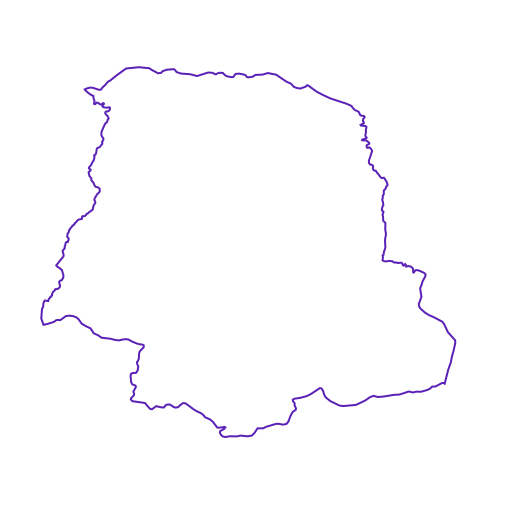 Xaysathan, Xaignabouri, Laos, rotated 276°
{"feature_id": "54806243B87801553975082", "entity_name": "Xaysathan", "entity_type": "district", "adm_level": 2, "iso_a3": "LAO", "parent_name": "Laos", "parent_adm1": "Xaignabouri", "projection": "natural_earth1", "projection_center": [101.39, 19.388], "detail": "fine", "context": "isolated", "style": "outline", "palette": "violet", "viewbox_px": 512, "rotation_deg": 276, "n_neighbors": 0, "source": "geoboundaries", "source_scale": "gbopen_adm2", "svg_char_len": 5943}
<svg xmlns="http://www.w3.org/2000/svg" viewBox="0 0 512 512"><g transform="rotate(276 256 256)"><path d="M165.3,51.9L166.9,56.4L169.4,62.0L171.3,64.0L171.8,66.2L171.7,68.0L176.4,73.3L177.2,76.7L177.0,81.0L176.0,84.2L174.3,86.4L170.4,89.8L168.4,94.3L166.7,99.0L162.2,102.7L160.6,107.4L158.6,110.9L158.5,120.1L157.9,123.9L157.7,128.6L158.8,131.4L159.7,135.1L159.6,137.9L158.1,141.4L156.6,146.2L156.1,149.1L156.0,152.3L155.5,153.6L153.6,153.9L149.1,150.4L146.2,149.9L141.9,150.2L139.3,149.6L138.0,148.7L136.6,149.0L133.7,150.5L129.6,150.2L127.3,148.9L126.7,145.5L125.7,144.0L123.5,143.8L117.5,145.0L115.4,146.4L114.6,149.5L113.3,150.3L108.2,148.2L106.4,149.2L104.7,149.1L101.6,146.7L100.3,146.5L98.7,148.2L98.2,160.9L94.1,165.2L92.7,167.0L92.8,168.7L96.2,172.4L95.6,177.6L95.7,180.2L98.5,182.1L99.1,183.9L99.3,185.9L97.2,189.9L96.8,191.7L97.5,194.3L99.7,196.1L102.0,198.7L102.2,200.1L102.0,201.5L96.7,210.5L95.0,214.4L93.9,217.8L92.1,220.6L90.4,222.0L88.7,227.3L86.5,230.6L81.5,235.2L81.3,236.7L82.2,240.9L82.8,242.5L82.3,243.4L80.8,242.5L78.0,238.6L76.4,238.5L74.0,240.4L73.0,242.1L72.8,244.7L74.0,248.8L74.6,255.9L75.8,259.4L75.8,266.5L76.9,270.5L79.7,272.9L84.8,275.6L85.4,281.2L87.1,283.7L91.1,293.4L91.5,295.9L91.1,300.6L92.2,303.9L94.7,305.5L100.8,307.1L104.7,308.8L107.2,311.6L108.6,311.7L111.7,309.9L113.4,309.9L115.4,308.1L116.8,307.6L118.1,309.1L119.6,315.0L122.0,321.2L124.6,325.2L131.3,333.3L131.1,335.0L128.9,336.8L125.6,338.1L122.8,340.0L119.5,345.0L116.0,354.6L115.9,358.5L118.3,370.7L121.3,375.9L124.1,380.2L127.6,384.2L129.2,387.7L128.5,391.8L129.5,397.3L132.4,408.0L133.2,413.2L137.2,422.1L136.7,426.6L137.8,429.4L138.3,434.5L140.6,440.2L142.1,442.8L144.5,444.8L145.0,448.2L149.1,454.2L149.4,455.6L148.7,457.0L162.7,459.0L171.3,461.0L175.1,461.2L182.6,462.4L190.5,463.3L193.1,462.8L200.2,454.9L207.8,450.3L210.1,448.2L213.6,439.5L215.3,434.2L217.4,429.9L220.8,425.2L222.5,423.7L225.3,422.9L232.7,424.8L241.0,422.6L244.7,423.7L248.1,424.3L253.8,426.6L255.6,426.5L256.8,424.9L258.5,419.8L258.8,418.0L258.5,416.2L257.6,415.4L256.1,414.8L256.0,414.3L256.3,414.0L258.9,413.7L260.1,413.2L261.2,411.9L261.8,410.2L262.0,408.8L261.2,406.9L261.2,406.4L262.8,406.0L263.6,405.1L261.9,403.9L262.0,403.3L262.5,402.8L264.0,402.2L264.4,401.5L264.5,400.7L263.8,397.7L264.3,396.2L263.9,394.6L264.1,393.8L265.0,392.2L265.1,389.5L264.1,385.1L264.4,383.4L264.9,382.3L267.8,382.4L269.8,381.9L270.5,382.7L273.4,382.8L277.8,383.8L285.6,382.6L291.1,383.0L296.2,381.7L302.2,381.3L303.0,380.6L304.0,379.1L304.8,378.7L308.3,378.3L310.4,377.5L312.7,378.1L313.4,378.1L314.1,376.9L315.0,376.3L318.8,376.7L319.6,377.3L322.3,376.8L325.3,375.6L326.7,376.0L329.1,375.8L330.9,376.6L334.5,376.3L336.4,377.8L338.7,378.3L339.6,379.2L340.7,379.4L343.4,378.2L346.2,376.0L347.2,375.0L346.6,372.9L347.5,371.5L349.8,369.5L351.5,367.6L352.8,366.7L353.3,366.1L353.4,364.7L353.8,363.9L355.6,363.0L356.8,363.2L357.9,362.9L358.6,362.2L359.0,359.8L360.3,358.7L362.5,358.3L372.4,360.5L373.2,360.2L375.4,358.3L375.8,357.7L375.2,355.4L375.5,354.9L377.2,354.4L377.8,354.6L379.2,356.7L379.7,356.9L380.3,356.7L381.7,354.9L382.5,353.2L382.6,352.1L382.1,350.9L382.3,349.4L382.9,349.5L383.1,350.5L384.5,353.0L384.9,353.6L385.3,353.7L386.7,352.3L387.3,352.1L391.0,352.5L392.6,352.0L395.6,352.4L396.3,352.1L396.7,351.2L396.7,346.9L397.3,346.3L399.4,349.4L400.1,349.3L401.5,348.2L402.2,348.1L403.7,348.4L404.8,349.3L405.7,349.5L406.3,348.9L406.5,348.5L406.7,345.6L407.2,344.8L410.1,343.1L411.7,338.8L413.6,336.6L415.2,335.3L416.9,330.1L420.5,313.5L423.0,306.2L425.8,299.1L431.1,289.9L431.1,288.8L429.5,287.6L427.2,282.6L427.3,279.4L428.1,276.1L431.0,272.8L432.6,268.0L438.4,257.1L439.2,248.7L437.1,243.6L436.0,236.4L434.0,234.1L432.9,229.9L432.9,228.7L433.4,227.9L434.6,226.8L435.1,225.7L435.6,220.2L435.0,216.9L433.9,215.8L432.9,215.6L431.5,214.4L431.3,212.3L431.7,208.3L432.6,206.2L434.6,203.9L434.5,201.3L434.1,199.6L432.5,197.0L432.5,196.1L433.2,194.9L433.6,193.5L433.5,189.3L428.8,178.5L429.9,171.5L429.6,162.4L430.6,157.8L432.6,156.0L433.2,154.7L432.0,147.9L430.0,143.7L428.3,142.6L427.5,139.5L430.2,132.8L431.6,130.2L431.5,119.7L428.9,107.2L420.7,98.1L415.1,92.5L413.9,90.5L410.4,88.2L407.3,85.5L405.2,84.4L404.9,82.3L406.2,76.3L406.2,73.7L405.2,70.8L403.8,68.3L402.9,69.0L400.6,72.2L398.7,75.7L398.5,77.1L398.0,77.6L395.8,77.9L393.7,79.1L392.7,79.2L390.8,79.0L390.3,79.2L390.2,80.2L391.8,81.5L391.9,82.0L391.9,82.8L390.5,85.2L390.5,86.3L390.7,86.9L392.0,87.7L392.0,88.3L391.7,88.8L391.3,88.9L389.4,87.6L388.7,87.7L388.2,88.3L387.9,89.3L387.9,92.2L388.6,94.5L387.9,95.4L386.3,95.3L384.8,94.3L384.3,93.5L384.2,92.0L383.1,91.1L381.8,91.3L379.5,93.9L377.4,95.1L376.0,94.2L373.9,94.0L372.3,92.5L370.4,91.6L363.8,89.5L361.6,89.4L359.7,89.7L358.5,90.5L357.2,91.8L356.5,92.0L355.1,91.9L353.4,90.9L352.7,91.3L351.5,91.4L348.3,89.4L347.6,88.6L347.1,87.4L346.2,86.5L341.4,86.2L340.1,85.6L339.5,84.7L339.0,84.5L338.3,84.9L337.0,85.0L334.1,84.6L332.6,83.7L329.0,82.4L326.7,80.7L326.0,80.6L325.5,80.8L324.6,82.5L323.6,82.4L322.1,80.9L321.6,80.8L318.1,82.0L316.0,84.1L314.0,84.4L312.3,86.4L308.6,88.5L308.0,89.6L307.7,91.8L306.6,93.4L304.0,93.9L302.9,93.4L300.8,91.5L296.1,89.4L294.8,89.4L293.0,90.5L291.8,90.6L289.3,89.2L285.0,88.7L281.9,85.2L280.8,84.4L280.2,83.2L278.2,82.1L277.5,80.6L277.5,79.3L277.0,79.0L274.6,78.9L273.7,75.9L273.2,75.1L270.4,73.2L269.6,72.2L268.8,72.1L267.7,71.5L267.1,70.3L265.9,69.9L264.0,68.4L262.8,68.0L261.9,67.3L260.2,67.3L258.6,66.3L255.4,66.2L254.2,67.7L252.5,68.0L251.8,67.5L250.3,67.4L250.0,65.9L249.4,65.4L246.2,65.1L245.4,64.7L243.9,65.0L240.8,63.1L237.1,64.5L235.6,64.6L225.8,58.3L224.9,59.1L223.3,62.2L221.6,64.5L216.6,66.5L214.2,66.6L211.5,65.2L211.0,63.7L209.6,62.9L205.9,64.2L204.3,64.0L202.4,62.2L202.2,60.3L201.8,59.7L200.5,59.3L199.1,58.0L196.7,57.1L195.5,57.3L195.1,56.7L194.1,56.5L193.6,55.6L192.7,55.3L191.9,54.6L189.5,54.0L189.6,50.5L186.9,49.5L182.8,49.6L181.3,48.7L171.3,49.0L165.3,51.9Z" fill="none" stroke="#5b21b6" stroke-width="2"/></g></svg>